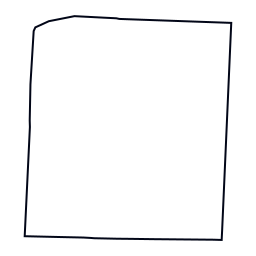 outline of Fayette, Tennessee, United States of America, rotated 1°
{"feature_id": "52423323B86424015189760", "entity_name": "Fayette", "entity_type": "district", "adm_level": 2, "iso_a3": "USA", "parent_name": "United States of America", "parent_adm1": "Tennessee", "projection": "orthographic", "projection_center": [-89.459, 35.199], "detail": "fine", "context": "isolated", "style": "outline", "palette": "ink", "viewbox_px": 256, "rotation_deg": 1, "n_neighbors": 0, "source": "geoboundaries", "source_scale": "gbopen_adm2", "svg_char_len": 419}
<svg xmlns="http://www.w3.org/2000/svg" viewBox="0 0 256 256"><g transform="rotate(1 128 128)"><path d="M223.6,238.3L223.9,229.0L229.4,21.1L117.4,19.1L114.4,18.5L101.7,18.1L72.5,17.1L47.0,22.6L33.6,29.0L32.0,32.7L29.7,85.9L29.6,122.2L29.9,128.7L26.6,238.0L61.5,238.2L85.4,238.3L93.1,238.6L96.1,238.8L119.0,238.9L132.0,238.8L155.4,238.7L215.2,238.2L223.6,238.3Z" fill="none" stroke="#020617" stroke-width="2"/></g></svg>